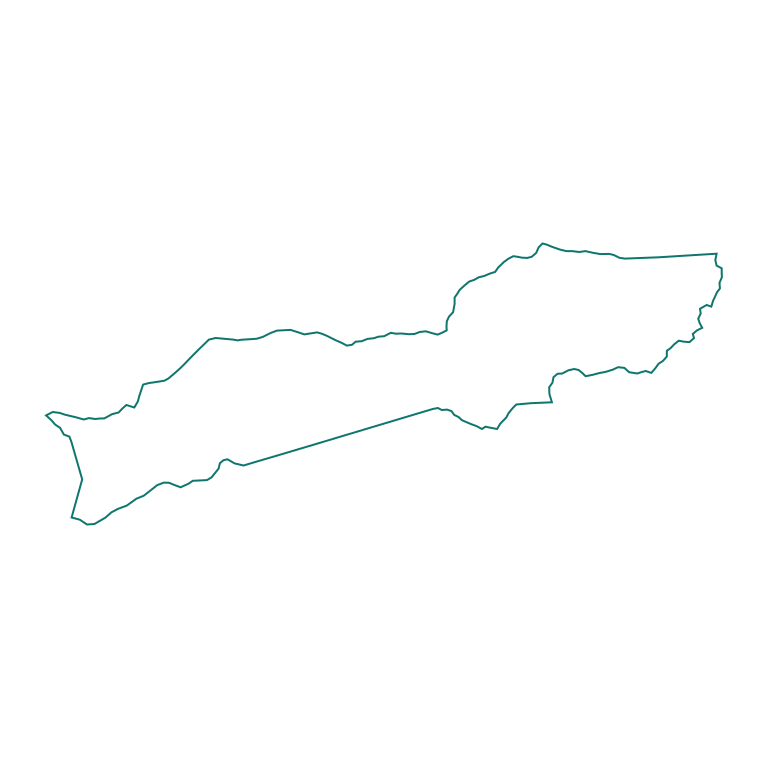 the district of Ubajara, Ceará, Brazil
{"feature_id": "56859067B8309642510802", "entity_name": "Ubajara", "entity_type": "district", "adm_level": 2, "iso_a3": "BRA", "parent_name": "Brazil", "parent_adm1": "Ceará", "projection": "mercator", "projection_center": [-40.995, -3.875], "detail": "fine", "context": "isolated", "style": "outline", "palette": "teal", "viewbox_px": 768, "rotation_deg": 0, "n_neighbors": 0, "source": "geoboundaries", "source_scale": "gbopen_adm2", "svg_char_len": 2710}
<svg xmlns="http://www.w3.org/2000/svg" viewBox="0 0 768 768"><path d="M71.6,517.5L79.8,519.7L87.0,524.5L94.4,524.0L105.3,517.7L111.5,512.3L118.1,508.8L126.6,505.7L136.4,498.7L143.8,495.7L157.3,485.1L163.9,482.6L169.1,482.8L173.4,484.6L180.6,487.3L188.3,483.8L192.8,480.8L207.0,480.1L211.5,477.4L218.6,468.6L219.9,463.2L223.5,460.2L227.5,459.3L234.6,463.4L243.6,465.5L251.9,463.0L301.9,448.2L432.7,409.0L437.9,408.0L441.8,410.0L447.0,409.6L451.5,411.1L454.2,414.9L458.7,417.1L461.8,420.1L466.1,422.0L471.3,424.2L476.3,426.0L482.0,429.0L485.4,426.7L491.2,427.9L497.1,429.0L500.3,423.6L506.3,417.5L508.6,413.1L512.7,408.1L516.3,404.5L530.9,403.2L540.0,402.8L551.9,402.3L549.4,394.0L549.2,387.2L552.4,382.8L553.5,377.2L557.5,373.8L562.3,373.5L568.4,370.3L574.2,369.0L578.6,370.0L582.2,372.9L585.6,376.2L592.4,374.9L599.1,373.1L605.5,371.9L612.7,369.7L618.1,367.2L624.4,367.9L629.1,372.2L637.3,373.5L641.8,372.0L645.8,371.0L651.3,372.9L655.3,368.3L658.5,363.8L663.0,360.9L666.8,356.6L666.9,350.7L670.5,348.2L674.1,344.4L678.8,340.7L684.0,341.7L689.5,342.1L694.0,338.1L692.8,333.9L697.1,330.3L702.2,327.8L699.8,323.3L698.2,318.8L700.7,313.4L700.0,308.8L706.6,305.0L711.3,306.6L713.1,300.7L715.1,296.5L717.0,292.3L719.9,288.5L719.5,282.8L721.9,277.2L721.7,272.8L721.7,268.3L716.6,265.6L715.3,260.0L716.6,253.7L658.5,257.3L624.6,258.6L619.2,257.7L613.8,255.0L609.1,253.9L600.5,254.1L592.4,252.7L585.3,251.1L579.3,252.0L572.0,251.1L566.3,251.1L560.1,249.6L552.0,246.8L546.7,244.6L542.5,243.5L538.6,247.4L536.2,252.9L531.7,256.8L527.4,257.9L522.1,257.7L517.6,256.8L513.3,256.2L508.6,258.6L503.9,262.0L498.4,267.3L495.0,272.0L490.1,273.5L484.2,276.0L479.0,277.2L474.1,279.9L469.1,281.6L463.9,286.0L459.6,290.0L457.2,293.9L454.6,297.5L454.6,303.9L453.1,312.2L449.0,316.6L446.8,321.3L446.5,326.3L446.7,330.4L442.4,332.6L437.7,334.6L432.6,333.3L425.8,331.3L419.7,332.0L414.4,334.0L409.1,334.2L401.4,333.5L395.8,333.7L390.8,332.8L384.2,336.2L378.4,336.7L373.9,338.2L367.5,338.9L361.7,341.2L355.6,341.7L352.0,344.8L346.8,345.6L341.6,342.8L336.0,340.4L331.2,338.0L326.8,335.8L321.5,333.6L317.0,332.4L304.3,334.4L299.1,332.6L290.5,329.9L277.0,330.6L270.6,333.0L262.8,336.9L256.9,338.7L251.9,339.1L241.6,339.7L237.5,340.4L233.4,339.6L215.7,338.0L208.9,339.6L198.2,350.0L192.3,355.9L189.4,358.9L185.1,363.4L180.8,367.7L175.6,372.4L168.4,378.5L164.4,380.7L153.6,382.4L149.1,383.0L143.1,384.6L139.3,396.0L137.9,401.4L134.3,407.5L126.4,405.0L122.3,408.6L118.6,412.5L112.2,414.1L104.3,418.4L99.6,418.5L95.5,419.0L88.9,418.1L83.7,419.5L76.8,417.5L65.0,414.7L59.6,412.9L52.7,412.0L46.1,415.4L51.3,420.1L55.1,424.5L60.1,427.9L63.9,434.6L69.4,436.6L71.4,441.9L82.2,479.4L71.6,517.5Z" fill="none" stroke="#0f766e" stroke-width="2"/></svg>